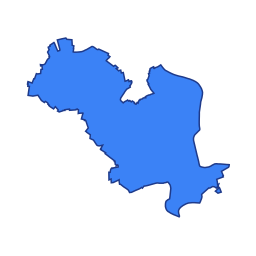 Phu Xuyen, Ha Noi, Vietnam (Mercator projection), rotated 6°
{"feature_id": "81297802B25831565259333", "entity_name": "Phu Xuyen", "entity_type": "district", "adm_level": 2, "iso_a3": "VNM", "parent_name": "Vietnam", "parent_adm1": "Ha Noi", "projection": "mercator", "projection_center": [105.908, 20.729], "detail": "fine", "context": "isolated", "style": "filled", "palette": "blue", "viewbox_px": 256, "rotation_deg": 6, "n_neighbors": 0, "source": "geoboundaries", "source_scale": "gbopen_adm2", "svg_char_len": 5762}
<svg xmlns="http://www.w3.org/2000/svg" viewBox="0 0 256 256"><g transform="rotate(6 128 128)"><path d="M232.5,153.9L231.5,153.9L230.2,154.0L228.3,154.0L223.9,154.1L221.4,154.3L219.7,154.3L218.7,154.5L217.9,154.7L215.6,156.2L214.2,157.3L212.4,158.3L208.7,159.3L207.6,159.3L206.4,159.2L204.8,159.0L203.7,158.6L203.1,158.0L202.2,155.5L201.8,154.1L200.2,149.6L199.6,148.1L197.9,143.2L197.1,141.0L196.6,139.5L195.9,137.5L195.4,136.1L194.6,133.8L194.4,133.0L194.3,132.1L194.2,131.0L194.5,129.5L194.9,128.3L195.4,127.4L196.1,126.6L198.4,123.7L199.2,122.8L199.5,122.3L199.5,121.5L199.2,120.3L198.7,118.5L198.3,115.7L198.2,114.6L198.1,113.8L198.0,112.5L197.9,111.4L197.7,108.9L197.5,106.7L197.3,104.8L197.6,97.1L197.6,94.4L198.3,90.1L198.5,86.8L198.4,84.7L197.9,83.2L196.9,81.1L195.6,79.3L194.0,77.4L193.2,76.6L192.1,75.8L190.3,74.8L187.7,73.8L184.0,72.8L182.6,72.6L179.3,71.9L177.2,71.5L172.9,71.0L170.2,70.5L167.9,70.0L165.1,69.1L162.7,68.2L160.1,67.1L159.7,67.0L158.6,66.4L157.2,65.2L155.7,63.7L154.0,61.8L151.5,63.8L151.1,64.1L148.8,65.2L148.5,65.5L148.3,65.9L148.0,66.0L147.7,65.6L147.4,65.8L147.1,65.2L147.3,64.9L147.1,64.4L146.5,64.7L145.5,65.4L144.0,66.4L143.8,66.6L143.7,66.9L143.9,67.8L143.6,68.0L143.6,68.4L143.7,69.1L143.3,69.2L143.3,69.9L143.7,71.2L142.7,71.7L143.5,73.7L142.7,77.1L142.5,77.5L142.3,78.0L141.8,78.3L142.3,79.7L142.8,80.3L143.8,81.7L144.0,81.9L143.4,82.3L145.6,85.5L146.1,86.4L146.6,87.2L147.6,88.2L150.2,90.7L149.8,91.0L147.1,92.2L146.3,92.8L145.2,93.0L143.1,94.2L142.8,94.4L142.3,95.0L142.0,95.2L142.3,95.6L142.5,96.0L140.1,96.5L139.6,96.9L139.5,97.4L136.9,98.4L137.0,99.0L136.1,99.3L135.4,102.2L134.5,101.6L133.5,103.5L132.8,103.4L131.6,102.6L131.8,102.0L129.5,100.7L128.5,101.7L126.9,100.5L126.1,101.2L125.9,101.2L124.7,100.2L123.8,101.0L122.6,101.7L121.5,102.5L120.6,103.5L119.1,102.4L117.9,101.5L117.5,100.8L117.5,100.0L117.6,99.6L117.6,99.0L117.8,98.6L118.3,97.7L118.8,96.7L119.2,95.9L120.4,93.7L120.8,92.8L121.1,92.1L122.0,90.7L122.4,89.9L122.6,89.6L122.9,89.4L126.0,87.1L125.4,85.7L126.0,85.2L126.0,84.9L126.6,83.8L126.8,83.2L127.1,82.6L126.7,82.3L126.4,82.1L126.4,81.7L126.9,81.2L126.5,80.7L125.0,81.1L124.2,81.7L123.4,80.0L123.1,80.1L122.0,81.0L120.2,81.8L119.0,78.0L117.5,73.3L115.6,73.9L114.7,71.2L113.8,71.5L112.9,72.0L112.6,72.1L112.5,71.9L110.1,70.2L111.7,69.2L108.9,67.0L108.5,67.1L108.0,67.4L107.3,68.2L99.3,63.4L99.7,62.6L100.3,61.8L101.0,60.9L101.6,60.4L102.6,58.9L100.5,57.8L100.8,56.0L90.7,52.6L90.5,52.9L90.1,53.1L89.6,53.2L89.2,53.1L88.7,53.0L86.1,51.4L84.5,50.7L84.0,50.7L83.4,50.8L83.0,51.1L82.3,51.7L81.1,52.5L78.8,54.2L77.0,55.2L75.7,56.1L74.0,56.9L71.9,57.4L68.7,58.0L66.6,58.2L65.5,58.0L65.7,54.8L65.4,54.7L65.6,52.0L63.9,51.6L63.0,46.1L57.9,46.2L56.8,45.0L52.7,46.3L48.5,47.8L51.3,55.1L51.8,56.4L52.0,57.0L52.1,57.6L52.0,58.0L51.6,58.1L51.0,58.5L50.1,58.8L49.3,57.5L45.9,51.2L45.4,50.7L41.6,53.9L42.0,54.8L40.2,56.0L40.8,57.5L41.4,58.2L40.1,60.9L42.5,64.9L42.0,65.3L42.5,66.3L41.9,67.0L41.1,67.8L40.9,68.1L40.3,69.2L39.9,70.4L39.3,71.7L39.0,72.7L37.9,73.6L37.2,73.9L35.7,74.2L34.3,74.1L34.6,75.4L36.0,75.3L36.7,78.5L35.3,78.9L35.3,79.2L35.4,82.9L32.5,83.7L31.2,83.5L29.9,88.8L29.2,88.8L27.9,93.3L23.7,92.3L23.5,93.1L23.8,93.6L24.0,94.5L23.5,94.5L23.5,94.9L23.9,94.9L24.0,97.0L25.6,96.9L25.4,100.3L25.2,106.0L30.1,106.2L35.0,104.8L39.0,109.7L42.2,111.4L43.0,110.2L44.9,111.1L45.9,111.9L45.8,112.7L47.2,113.5L47.0,114.0L48.5,115.0L52.0,116.8L53.5,114.4L56.6,117.2L56.6,118.0L56.2,118.5L57.5,119.1L58.0,119.2L61.4,117.7L61.4,117.4L63.3,117.1L63.1,116.5L64.9,116.0L67.9,115.3L68.0,115.5L68.0,116.5L74.3,115.4L74.3,115.0L75.5,114.4L76.1,114.9L76.8,115.0L77.0,118.8L77.9,118.5L78.8,118.3L81.3,117.9L81.7,118.0L81.6,118.6L81.4,119.5L80.7,123.9L82.8,124.2L84.2,124.4L84.0,125.1L85.3,125.2L87.2,129.4L88.5,132.1L86.2,135.7L87.1,136.2L87.3,136.5L89.4,137.7L91.2,138.6L91.3,140.5L91.3,141.3L91.3,142.4L94.9,143.6L98.6,148.1L99.1,148.5L99.8,148.7L100.4,148.8L101.9,148.7L103.7,148.0L104.6,147.7L103.7,150.0L103.0,151.3L103.5,151.6L103.0,152.3L108.4,155.0L107.9,155.9L110.9,157.7L113.1,159.1L118.4,162.3L118.0,162.9L118.7,163.3L119.1,165.4L120.2,165.9L120.2,166.7L121.2,166.1L121.6,165.8L122.1,166.4L122.2,166.7L122.3,167.8L119.0,168.8L118.1,169.0L117.0,169.8L116.3,169.3L115.6,170.0L115.3,170.7L115.0,171.8L114.9,173.9L113.6,174.0L114.5,181.6L116.5,180.5L117.1,184.2L119.0,183.8L124.0,180.8L124.6,180.4L124.8,182.2L125.5,184.8L126.5,184.8L128.8,186.3L130.1,187.1L132.1,188.1L134.4,189.4L135.1,190.1L135.7,191.0L136.3,192.0L138.2,191.6L142.2,189.2L145.9,187.2L147.8,185.7L148.6,186.3L150.0,184.1L151.1,183.9L153.3,183.2L160.9,180.2L162.7,179.6L165.0,179.6L168.9,179.2L169.9,178.7L171.5,178.3L172.4,177.7L173.4,177.7L174.3,178.5L175.7,180.1L176.2,181.1L176.9,183.6L176.9,191.6L176.8,194.1L175.0,195.3L173.5,196.9L173.2,198.6L173.2,199.7L173.4,202.0L173.7,203.0L174.3,204.4L175.0,205.5L175.7,206.2L176.6,206.9L177.8,207.4L179.3,208.2L182.6,209.4L187.6,210.8L188.1,211.0L188.4,210.3L188.1,209.4L187.4,207.8L187.0,206.0L186.9,205.0L187.2,203.8L187.5,203.0L188.6,201.4L190.7,199.4L193.6,197.4L195.9,196.3L199.3,195.6L202.0,195.3L207.1,195.1L207.7,193.6L208.0,192.3L208.4,191.0L208.5,190.6L208.7,189.2L208.7,188.8L208.7,188.3L208.6,188.0L208.4,187.3L208.2,186.5L208.3,186.3L208.6,185.8L210.4,183.8L212.4,181.6L213.3,180.6L213.5,180.4L214.6,179.2L215.6,179.2L216.4,178.7L218.2,177.4L219.1,177.4L219.9,177.4L220.5,177.6L222.1,178.5L222.8,177.4L224.2,178.7L221.5,181.7L224.3,183.4L227.4,182.0L226.1,179.4L225.4,178.1L225.0,177.7L223.7,176.7L223.8,175.6L224.1,174.3L223.0,175.0L222.6,172.8L222.3,171.7L222.0,170.8L221.6,169.8L222.9,169.1L227.8,166.7L227.3,165.9L227.8,165.5L226.5,163.2L225.5,161.3L226.5,160.6L227.8,159.6L232.0,156.6L232.3,156.1L232.5,155.2L232.5,153.9Z" fill="#3b82f6" stroke="#1e3a8a" stroke-width="1.5"/></g></svg>